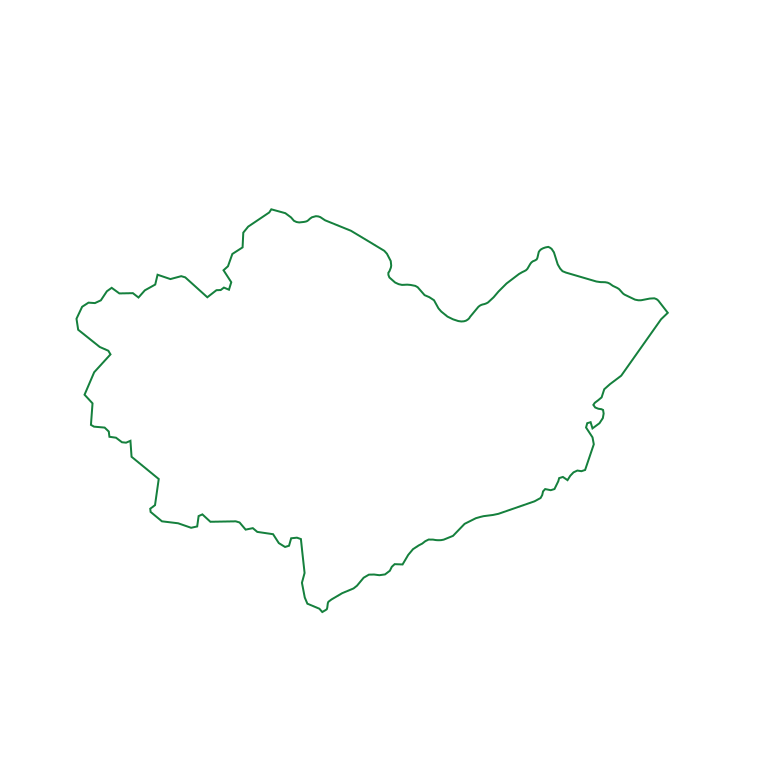 map outline of Northumberland (Albers equal-area conic projection), rotated 73°
{"feature_id": "GBR-2034", "entity_name": "Northumberland", "entity_type": "Unitary Single-Tier County", "adm_level": 1, "iso_a3": "GBR", "parent_name": "United Kingdom", "parent_adm1": "", "projection": "albers", "projection_center": [-2.071, 55.292], "detail": "fine", "context": "isolated", "style": "outline", "palette": "green", "viewbox_px": 768, "rotation_deg": 73, "n_neighbors": 0, "source": "natural_earth", "source_scale": "10m", "svg_char_len": 3162}
<svg xmlns="http://www.w3.org/2000/svg" viewBox="0 0 768 768"><g transform="rotate(73 384 384)"><path d="M184.0,440.7L191.8,428.4L197.5,424.2L201.6,422.4L203.5,420.3L204.7,417.9L205.6,413.2L205.8,411.2L205.7,409.8L205.2,408.4L204.3,406.6L203.5,404.2L203.6,400.1L204.5,397.9L205.8,396.1L210.2,392.5L227.8,370.8L256.7,344.8L260.3,343.1L268.4,341.6L272.9,342.5L274.7,343.4L277.7,345.8L278.9,347.3L280.9,347.9L283.7,347.7L290.2,343.7L292.8,340.8L294.5,337.8L295.8,332.7L297.0,329.7L299.3,325.4L301.3,323.5L310.9,319.2L314.2,315.3L318.5,311.7L327.6,309.8L331.4,308.1L338.1,303.6L342.3,299.1L345.5,294.6L346.8,291.8L347.4,289.2L347.4,287.0L346.9,285.1L346.1,283.4L344.9,282.0L337.8,271.2L337.1,269.4L336.8,267.7L336.8,265.9L336.9,265.2L336.9,264.2L336.8,262.4L336.4,260.6L333.1,253.8L329.0,247.4L323.7,237.4L318.3,222.8L317.4,218.9L317.1,216.8L316.7,214.9L315.8,213.2L312.0,209.1L310.9,207.6L310.2,205.8L310.0,203.6L309.5,201.6L308.2,200.4L303.0,197.4L301.9,196.0L301.1,194.3L300.7,192.1L300.6,189.7L300.9,186.8L302.2,185.4L303.8,184.2L307.8,183.0L320.4,182.9L325.1,181.8L328.3,180.3L330.6,177.5L348.1,150.9L349.8,147.3L351.3,142.8L352.5,140.5L354.0,138.8L357.0,136.5L360.4,132.8L362.1,131.4L367.3,129.0L368.8,127.9L376.7,119.3L378.3,116.3L379.1,113.5L380.0,104.9L381.1,100.4L382.6,98.5L384.4,97.3L398.9,91.8L403.1,100.1L445.4,154.7L450.2,167.9L453.4,174.9L460.4,179.8L462.1,183.8L463.6,187.9L465.2,189.9L468.2,188.9L470.3,186.3L471.7,183.4L472.9,182.1L476.5,182.6L480.6,184.7L484.5,189.4L487.4,197.6L480.9,197.6L480.9,201.1L484.7,203.5L496.0,200.2L503.0,201.0L525.0,216.8L525.1,220.7L523.3,224.4L523.9,228.6L526.2,232.7L529.6,236.6L525.2,240.1L525.2,244.0L528.0,245.8L534.3,251.7L534.3,255.6L531.6,260.6L533.2,263.3L536.5,265.2L538.8,267.6L540.2,274.4L541.6,312.5L541.1,318.1L539.5,327.4L539.3,330.5L539.2,335.4L541.3,347.8L549.4,362.4L550.3,372.4L550.0,375.1L549.3,377.7L548.4,380.1L547.2,382.5L545.8,386.8L546.4,390.5L547.8,394.1L548.5,397.9L550.4,404.5L554.5,410.8L562.0,419.0L559.4,426.5L561.1,430.0L564.3,433.0L566.4,438.7L565.5,444.3L563.3,449.2L561.9,454.2L563.3,460.1L569.0,468.8L570.6,472.9L571.8,485.1L574.7,497.2L576.0,500.8L577.2,501.8L581.4,503.7L582.7,504.6L583.2,506.2L584.0,509.7L580.0,511.5L571.7,521.5L565.0,522.2L550.1,520.6L541.5,515.2L520.9,511.3L508.0,508.8L505.5,512.2L504.4,517.9L510.9,522.1L510.9,526.3L505.4,531.1L495.2,534.0L488.4,548.4L483.5,551.6L482.8,558.9L474.2,562.6L472.0,565.9L465.0,590.3L455.6,595.8L456.1,599.9L465.6,604.3L465.1,610.5L457.0,621.6L450.4,636.5L438.1,644.6L434.9,644.0L432.9,638.4L409.0,627.2L379.8,646.7L364.2,643.1L364.7,647.8L363.1,651.6L357.0,656.0L354.2,662.0L349.0,661.1L344.0,663.9L340.0,673.8L337.4,676.2L317.3,668.4L306.7,673.5L288.0,657.7L275.7,636.9L271.6,637.9L265.5,645.0L242.7,660.6L231.7,659.0L221.9,650.1L219.8,642.8L222.1,636.8L221.2,630.3L214.3,621.9L212.4,616.3L220.0,610.6L223.7,597.6L229.5,593.5L224.5,585.3L222.0,573.7L213.3,568.6L221.2,557.6L221.6,546.4L223.9,542.9L249.4,527.6L245.3,516.8L246.4,512.7L245.0,508.9L248.5,504.7L242.0,500.3L228.3,504.2L225.8,498.8L215.3,491.0L212.0,479.3L198.1,474.3L193.8,467.9L186.4,443.6L184.0,440.7Z" fill="none" stroke="#15803d" stroke-width="2"/></g></svg>